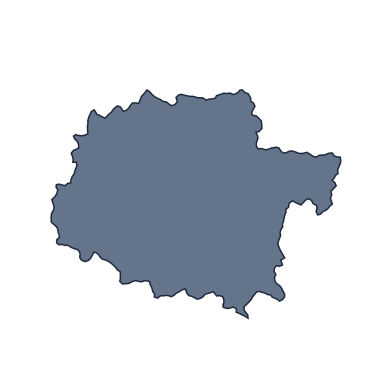 Piranga, Minas Gerais, Brazil, rotated 28°
{"feature_id": "56859067B92965867058108", "entity_name": "Piranga", "entity_type": "district", "adm_level": 2, "iso_a3": "BRA", "parent_name": "Brazil", "parent_adm1": "Minas Gerais", "projection": "mercator", "projection_center": [-43.286, -20.626], "detail": "fine", "context": "isolated", "style": "filled", "palette": "slate", "viewbox_px": 384, "rotation_deg": 28, "n_neighbors": 0, "source": "geoboundaries", "source_scale": "gbopen_adm2", "svg_char_len": 4127}
<svg xmlns="http://www.w3.org/2000/svg" viewBox="0 0 384 384"><g transform="rotate(28 192 192)"><path d="M78.1,271.7L78.2,277.4L79.8,281.1L82.0,284.7L85.3,285.5L88.6,286.3L91.2,288.1L92.8,290.5L94.7,292.1L96.2,294.1L95.0,297.5L96.3,300.5L99.4,301.1L101.2,299.5L104.7,298.8L107.7,297.3L111.1,297.6L114.9,297.3L117.7,296.6L120.0,297.2L122.3,299.2L123.8,302.7L126.7,304.1L130.4,303.6L132.3,301.5L133.4,299.2L133.7,296.5L133.7,291.1L136.2,290.6L139.0,291.1L141.2,292.5L144.4,293.4L147.6,292.6L150.8,292.5L154.6,292.9L157.9,293.8L160.3,294.6L162.7,295.9L166.0,296.0L168.0,299.5L169.5,302.3L170.2,304.8L173.7,305.8L177.4,303.6L179.5,302.0L181.0,299.5L183.5,296.9L187.4,295.8L189.9,294.8L192.0,292.4L194.2,291.6L196.6,291.0L198.7,293.5L201.7,295.6L204.1,298.4L206.7,299.5L208.1,302.4L211.5,301.8L212.9,298.4L215.2,297.3L217.5,295.5L220.2,294.5L222.9,294.2L224.7,291.5L225.7,288.5L227.3,286.4L229.3,282.8L231.8,280.7L234.7,283.6L237.8,285.0L240.5,284.2L243.6,284.2L246.8,284.2L249.1,282.3L250.7,279.8L251.6,276.0L254.7,273.2L257.5,270.1L259.8,270.9L262.5,272.2L265.3,270.5L267.9,270.0L270.0,271.4L271.9,274.1L272.3,277.0L273.8,279.2L277.9,278.3L280.6,276.1L282.6,274.2L286.1,274.3L287.4,277.4L290.6,277.0L293.3,277.0L296.9,276.8L300.7,277.1L298.9,274.3L296.0,273.1L293.4,271.8L291.8,268.5L293.0,265.6L293.9,262.5L294.8,259.1L294.7,256.4L295.4,253.0L296.0,249.8L298.0,248.3L300.4,247.8L303.6,247.0L307.1,247.0L309.8,246.0L312.0,247.1L315.4,246.9L318.0,246.7L320.4,247.3L322.5,244.5L322.9,241.1L321.9,238.8L318.9,236.8L316.0,234.7L313.1,233.5L310.4,233.2L308.0,232.5L305.1,229.3L304.8,225.5L301.4,223.3L300.6,219.9L301.2,217.3L304.0,216.6L306.2,214.1L304.3,212.2L302.4,210.3L304.8,206.6L301.6,204.7L298.3,202.6L295.9,200.9L293.9,199.2L291.8,197.0L291.2,193.3L290.7,189.0L288.8,186.5L288.1,183.4L288.5,180.2L286.9,178.0L286.6,174.9L285.7,172.5L284.8,169.0L284.5,166.1L283.0,163.1L284.4,160.2L283.1,156.6L284.7,152.6L287.6,152.7L290.9,152.6L294.3,152.3L295.3,148.9L296.0,146.1L297.6,143.4L301.2,143.2L304.3,145.4L308.3,145.3L310.0,147.8L310.8,151.1L313.8,153.2L315.8,151.3L316.9,147.6L319.0,145.0L319.9,142.3L320.4,139.6L321.6,136.8L319.3,134.6L317.2,132.6L316.6,128.7L314.4,126.2L315.4,122.5L316.4,118.8L313.8,116.7L310.3,116.0L311.0,112.8L310.9,110.0L312.2,107.1L310.7,104.9L309.9,102.4L309.8,99.6L309.4,96.3L308.3,94.0L306.5,91.6L303.8,93.0L300.6,93.3L297.4,91.7L294.3,93.8L292.1,96.7L289.8,98.1L287.2,99.8L285.2,103.0L282.4,103.6L278.9,103.3L274.9,103.0L272.7,105.0L270.8,106.6L267.9,107.8L264.4,108.1L261.0,108.8L258.7,110.4L257.0,112.7L255.1,114.5L251.9,114.5L248.1,112.3L245.4,112.9L243.3,114.5L241.4,116.0L239.8,117.9L237.4,120.1L232.7,121.1L230.1,122.9L227.5,121.5L226.0,119.1L225.4,116.5L225.0,113.5L223.4,111.5L220.5,109.3L222.9,107.0L223.9,103.0L221.7,99.4L220.0,96.8L217.4,95.9L213.2,94.6L209.6,95.8L207.6,94.5L207.2,90.8L207.3,86.7L204.6,84.6L201.3,84.2L199.7,81.7L197.6,80.0L195.2,78.8L191.9,79.3L188.5,78.2L186.5,79.6L186.0,82.2L184.5,84.7L182.4,86.7L179.3,86.7L176.2,88.8L173.4,90.1L171.0,92.9L168.4,95.4L168.5,98.3L165.8,100.6L163.2,102.2L161.4,104.2L157.2,103.8L153.3,105.9L150.3,106.6L147.9,107.1L145.2,108.6L142.7,109.3L140.0,110.1L136.4,110.9L134.4,113.1L133.5,116.0L136.7,119.1L135.8,123.1L133.5,125.3L130.4,125.2L127.0,124.5L124.0,125.6L120.5,125.2L117.7,125.5L114.0,125.4L110.5,124.5L107.1,123.2L104.2,123.1L103.7,127.0L102.5,131.2L102.9,134.5L103.3,138.6L100.2,140.0L97.6,141.3L96.9,144.8L96.8,147.6L95.6,150.8L93.5,153.0L91.0,151.6L88.6,150.5L85.7,151.0L84.1,154.5L83.5,157.0L83.4,159.5L82.2,161.8L81.4,164.7L80.6,167.5L77.4,167.9L74.1,167.7L71.6,168.1L69.6,166.8L67.0,165.4L65.4,168.1L65.5,171.5L65.7,174.4L66.6,178.1L67.9,180.2L68.8,183.0L70.6,186.1L72.7,189.4L70.6,192.4L67.6,194.5L64.8,195.5L62.4,195.9L61.1,198.3L63.9,200.4L67.2,201.3L69.6,203.4L71.3,206.3L69.6,208.8L67.8,210.9L67.2,214.5L70.2,217.1L72.0,219.3L72.8,221.7L75.6,220.0L78.1,222.7L78.5,227.5L79.4,230.9L79.0,234.6L79.5,238.6L80.7,240.8L78.2,242.7L77.0,245.9L74.2,246.8L71.1,247.4L68.8,249.2L69.7,251.5L72.5,253.1L73.4,257.1L73.1,260.9L71.8,264.4L74.0,266.7L76.4,268.8L78.1,271.7Z" fill="#64748b" stroke="#1e293b" stroke-width="1.5"/></g></svg>